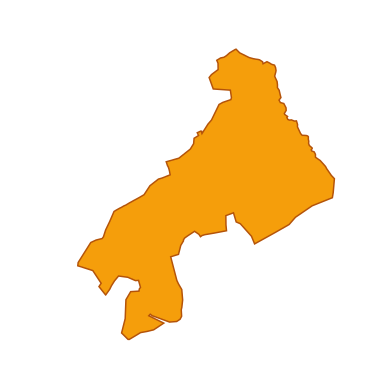 outline of Musawa, Katsina, Nigeria, rotated 335°
{"feature_id": "59680162B51512347513243", "entity_name": "Musawa", "entity_type": "district", "adm_level": 2, "iso_a3": "NGA", "parent_name": "Nigeria", "parent_adm1": "Katsina", "projection": "orthographic", "projection_center": [7.719, 12.112], "detail": "fine", "context": "isolated", "style": "filled", "palette": "amber", "viewbox_px": 384, "rotation_deg": 335, "n_neighbors": 0, "source": "geoboundaries", "source_scale": "gbopen_adm2", "svg_char_len": 2408}
<svg xmlns="http://www.w3.org/2000/svg" viewBox="0 0 384 384"><g transform="rotate(335 192 192)"><path d="M57.3,210.6L68.9,221.3L71.1,236.3L67.7,238.4L70.2,248.8L70.3,248.8L76.3,245.4L79.4,242.9L84.2,239.8L89.9,237.1L97.7,242.1L103.3,248.4L106.2,249.5L105.0,256.7L103.4,257.5L102.0,259.4L94.3,256.4L86.6,261.7L77.9,278.6L68.6,290.0L71.7,298.5L72.8,299.1L86.0,297.7L92.4,299.4L99.0,300.7L111.0,298.9L100.5,285.9L102.5,285.1L103.7,287.3L116.7,300.4L123.4,302.9L127.4,302.3L130.1,300.2L132.5,294.2L134.0,292.3L137.9,285.9L141.5,276.1L140.9,269.6L140.9,265.7L145.3,241.7L153.4,242.8L159.2,235.7L163.6,232.7L164.0,231.8L165.9,230.6L169.6,229.9L177.7,228.7L180.4,233.3L180.8,236.1L182.8,235.7L185.6,236.1L194.7,238.6L206.9,241.7L208.9,236.1L212.7,227.7L220.8,228.4L219.4,237.8L222.4,241.2L227.2,257.2L226.8,265.5L250.9,263.8L266.3,262.5L275.1,258.6L295.1,255.3L316.8,256.5L319.8,252.1L326.7,240.1L325.3,235.9L323.9,227.8L323.8,225.3L321.5,217.7L318.6,212.7L319.8,210.0L319.7,207.3L317.8,205.3L317.9,204.1L319.2,203.5L319.5,202.9L318.0,199.4L318.2,197.3L319.3,195.3L319.7,193.4L320.8,191.1L320.5,190.1L319.6,189.2L317.3,187.9L315.8,187.2L315.1,184.9L315.1,177.5L316.2,175.4L316.7,171.7L314.8,171.0L312.5,168.6L310.8,168.1L309.5,166.7L309.5,164.5L310.5,164.0L308.8,160.9L308.9,159.8L311.8,157.9L312.8,155.4L312.6,150.6L309.9,148.3L309.7,145.5L312.5,144.0L313.0,141.3L314.0,136.6L313.5,133.6L314.8,130.9L315.8,127.8L315.8,123.7L315.9,121.9L318.6,118.7L319.5,117.4L320.3,114.6L320.4,111.9L318.1,109.9L316.9,108.0L315.0,105.6L312.3,105.7L310.6,105.8L311.0,103.8L309.1,100.8L307.9,99.8L306.0,98.6L303.8,97.0L300.6,94.3L294.0,86.0L292.3,81.2L291.5,81.1L285.2,81.7L280.7,83.0L278.0,83.4L274.5,82.6L270.1,83.1L270.0,86.3L267.4,92.1L259.3,93.8L255.9,95.5L254.8,107.6L269.8,115.9L267.6,123.2L266.3,124.7L257.8,123.8L253.5,124.1L240.1,135.0L235.2,137.2L225.7,143.3L225.9,141.9L226.4,141.0L225.7,140.5L221.8,140.5L221.8,143.6L216.6,144.2L213.9,148.9L208.6,152.4L194.4,155.8L181.4,153.7L180.9,158.0L181.1,158.8L180.8,161.6L180.4,163.6L179.9,165.4L179.5,167.2L170.8,166.7L167.0,166.1L156.6,168.5L147.4,174.2L142.1,174.7L137.5,175.0L135.3,175.1L134.2,175.2L133.0,175.3L131.1,175.4L129.1,175.6L126.3,175.9L124.5,175.8L122.3,176.0L121.4,176.1L119.7,176.1L115.7,176.4L113.1,176.7L104.9,184.0L97.7,189.9L92.8,195.2L90.9,196.2L84.8,195.0L78.9,195.0L59.0,207.8L57.3,210.6Z" fill="#f59e0b" stroke="#b45309" stroke-width="1.5"/></g></svg>